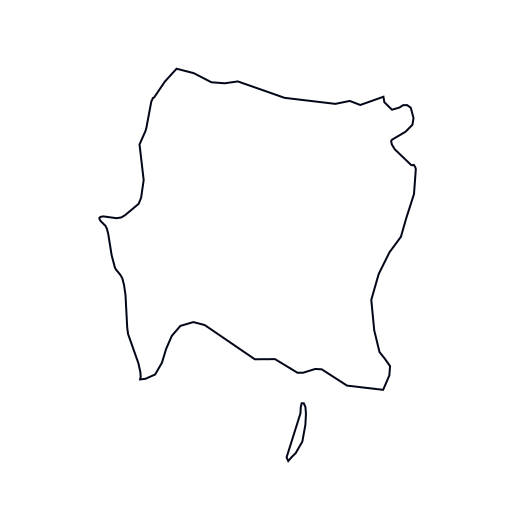 SVG path tracing the border of Artemisa, rotated 16°
{"feature_id": "CUB-1429", "entity_name": "Artemisa", "entity_type": "Province", "adm_level": 1, "iso_a3": "CUB", "parent_name": "Cuba", "parent_adm1": "", "projection": "equal_earth", "projection_center": [-82.681, 22.816], "detail": "fine", "context": "isolated", "style": "outline", "palette": "ink", "viewbox_px": 512, "rotation_deg": 16, "n_neighbors": 0, "source": "natural_earth", "source_scale": "10m", "svg_char_len": 1391}
<svg xmlns="http://www.w3.org/2000/svg" viewBox="0 0 512 512"><g transform="rotate(16 256 256)"><path d="M113.4,132.5L114.4,131.6L120.3,113.5L128.0,97.9L145.7,97.4L165.2,101.3L178.3,98.6L190.4,93.2L239.8,96.1L290.3,87.9L303.4,81.1L314.6,82.1L334.6,67.8L337.0,72.8L346.4,77.9L352.9,73.8L355.8,70.5L359.6,69.3L363.9,70.8L369.4,80.0L370.2,86.7L365.5,95.3L354.7,106.7L354.2,108.3L355.9,111.4L360.0,115.2L380.1,125.8L381.4,125.6L382.6,124.9L384.6,126.7L385.7,128.5L390.8,152.9L390.0,178.2L390.0,197.6L383.3,215.6L378.9,239.5L378.9,266.4L390.1,294.8L401.2,314.3L408.1,319.2L415.2,324.9L417.1,334.0L415.1,349.6L379.2,355.5L350.4,346.8L344.0,348.3L333.5,355.2L328.1,356.8L302.7,349.9L283.3,355.6L225.7,336.5L214.0,336.8L202.6,344.0L197.1,355.9L195.2,370.1L195.0,384.5L191.7,397.7L183.6,404.5L178.6,406.6L178.4,403.7L176.8,399.4L172.5,391.5L154.5,366.2L152.0,360.5L141.2,329.2L137.1,320.2L133.6,314.2L130.5,311.3L125.5,307.9L123.6,306.1L117.0,295.0L108.0,275.8L105.3,271.1L103.1,268.6L97.0,265.2L95.8,264.1L94.9,262.7L95.7,261.3L98.3,260.0L111.6,258.1L115.8,256.1L118.7,253.1L128.8,238.2L129.5,231.7L127.1,214.0L113.3,180.9L115.3,166.3L115.3,163.0L112.8,136.6L113.4,132.5ZM348.0,395.9L350.0,404.7L351.7,421.6L348.5,434.5L345.7,439.5L343.5,444.2L340.9,441.1L342.1,395.1L340.7,388.9L340.5,385.0L342.5,384.4L345.1,387.5L347.2,393.0L348.0,395.9Z" fill="none" stroke="#020617" stroke-width="2"/></g></svg>